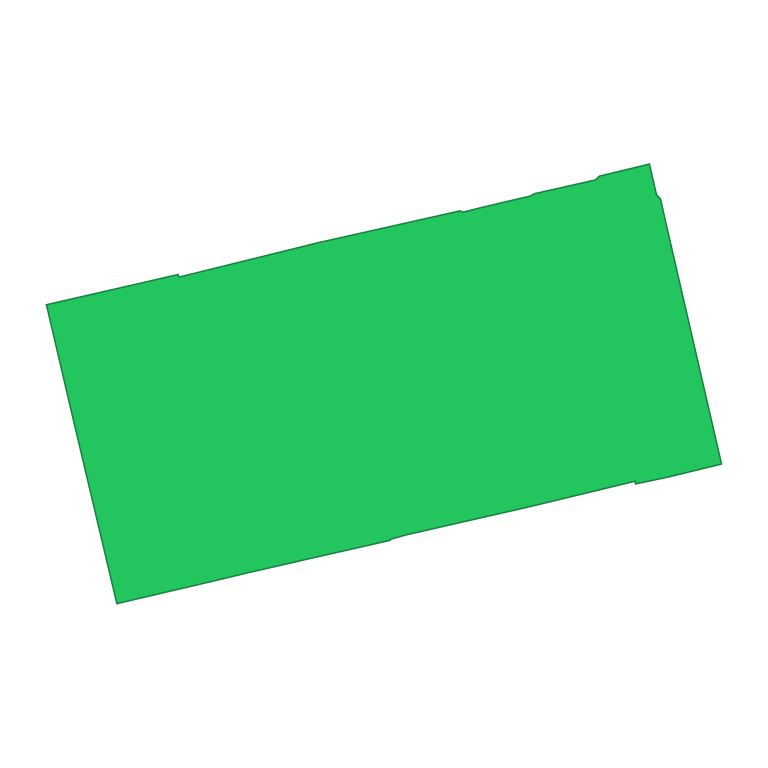 outline of Campbell, Wyoming, United States of America, rotated 77°
{"feature_id": "52423323B69169088112186", "entity_name": "Campbell", "entity_type": "district", "adm_level": 2, "iso_a3": "USA", "parent_name": "United States of America", "parent_adm1": "Wyoming", "projection": "natural_earth1", "projection_center": [-105.604, 44.248], "detail": "fine", "context": "isolated", "style": "filled", "palette": "green", "viewbox_px": 768, "rotation_deg": 77, "n_neighbors": 0, "source": "geoboundaries", "source_scale": "gbopen_adm2", "svg_char_len": 558}
<svg xmlns="http://www.w3.org/2000/svg" viewBox="0 0 768 768"><g transform="rotate(77 384 384)"><path d="M229.4,75.9L229.9,127.4L232.7,131.9L232.4,194.1L233.8,199.8L233.8,223.4L234.0,253.1L234.4,268.4L232.4,270.9L231.5,416.0L233.7,559.9L231.0,560.0L230.8,695.1L339.8,694.8L538.1,693.7L537.9,691.1L537.6,593.7L537.3,557.7L537.4,500.1L537.7,413.3L536.8,412.5L536.0,396.6L536.3,268.2L535.2,161.2L538.0,161.4L538.6,126.4L537.9,73.1L442.0,73.1L286.9,73.1L265.7,72.9L265.4,73.3L260.8,75.9L229.4,75.9Z" fill="#22c55e" stroke="#15803d" stroke-width="1.5"/></g></svg>